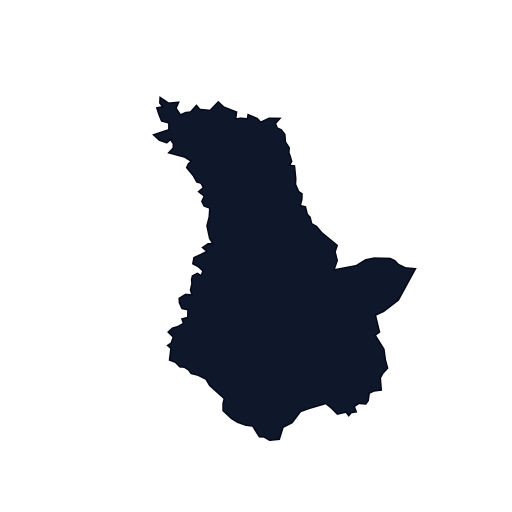 outline of Ciríaco, Rio Grande do Sul, Brazil, rotated 148°
{"feature_id": "56859067B13253078936111", "entity_name": "Ciríaco", "entity_type": "district", "adm_level": 2, "iso_a3": "BRA", "parent_name": "Brazil", "parent_adm1": "Rio Grande do Sul", "projection": "albers", "projection_center": [-51.915, -28.368], "detail": "fine", "context": "isolated", "style": "filled", "palette": "ink", "viewbox_px": 512, "rotation_deg": 148, "n_neighbors": 0, "source": "geoboundaries", "source_scale": "gbopen_adm2", "svg_char_len": 2175}
<svg xmlns="http://www.w3.org/2000/svg" viewBox="0 0 512 512"><g transform="rotate(148 256 256)"><path d="M127.5,160.7L135.5,166.7L139.7,173.3L140.8,178.6L143.6,182.9L157.0,191.7L165.2,194.7L176.1,194.7L197.2,202.9L189.5,209.1L186.7,217.7L181.5,221.9L187.9,241.0L189.0,249.0L191.7,253.9L189.6,260.1L190.4,264.2L188.0,271.5L191.7,275.3L187.1,279.7L184.0,284.3L185.7,288.1L184.5,295.9L181.3,300.5L175.6,312.0L179.5,315.2L175.6,317.3L174.2,322.3L173.3,326.4L170.5,330.1L170.6,337.3L167.1,343.8L167.7,349.7L170.2,353.2L169.3,358.1L162.7,360.0L171.9,365.9L181.2,367.0L182.0,371.8L187.8,380.1L190.6,376.9L196.1,381.1L200.6,383.0L196.2,388.4L204.4,399.4L206.3,406.7L212.7,405.1L217.8,403.8L226.0,410.1L226.7,415.3L235.3,412.8L239.5,414.9L245.3,415.7L245.5,423.7L240.1,427.4L249.1,431.9L253.3,441.3L256.5,436.8L256.0,432.0L261.6,434.2L263.4,427.1L264.5,420.5L259.4,415.0L263.0,409.3L278.7,413.1L276.6,405.4L271.7,399.3L266.8,400.1L266.6,395.0L269.0,391.4L275.4,389.8L264.1,377.7L260.7,370.6L264.5,370.0L268.0,367.7L266.6,357.2L267.0,350.1L264.1,347.0L264.3,341.9L270.6,341.0L268.1,334.2L273.0,331.0L273.5,325.9L269.8,321.1L275.0,313.9L281.6,307.6L286.0,295.5L286.0,289.5L290.2,291.8L296.9,291.5L295.1,285.9L304.2,286.8L309.5,287.5L313.7,282.9L310.6,277.6L308.9,271.5L312.9,268.3L314.9,272.4L320.5,272.8L323.2,270.1L325.0,266.4L329.6,261.9L330.9,256.9L336.1,260.8L343.6,260.8L345.8,256.7L346.6,250.6L342.2,246.5L346.4,240.1L352.2,241.9L353.2,237.2L359.7,237.6L365.1,239.1L370.8,238.0L369.1,231.1L374.1,227.1L378.4,227.0L377.1,222.7L380.6,218.4L384.5,213.6L380.7,208.6L379.3,202.3L375.7,199.7L373.5,195.0L373.3,190.8L368.5,185.8L363.7,178.1L363.9,170.8L358.5,151.9L362.1,148.4L365.9,142.3L362.9,131.1L359.7,124.7L354.3,117.9L348.9,113.5L349.0,105.6L348.9,100.8L345.1,98.3L342.1,92.5L333.4,88.2L323.8,96.4L313.8,95.5L300.7,100.5L291.5,98.5L275.0,93.9L272.6,87.0L270.8,78.8L262.4,75.9L262.0,71.4L258.4,72.7L253.5,70.7L252.5,76.2L246.9,76.5L241.3,72.3L237.5,73.9L232.6,79.7L227.2,78.9L220.8,75.9L215.2,86.7L210.6,89.3L203.8,91.2L201.3,99.4L196.9,109.2L196.9,125.7L191.6,126.0L186.1,142.5L176.9,141.4L158.6,143.2L127.5,160.7Z" fill="#0f172a" stroke="#020617" stroke-width="1.5"/></g></svg>